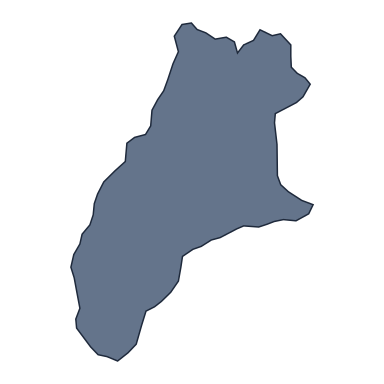 outline of Canitar, São Paulo, Brazil
{"feature_id": "56859067B3303827607689", "entity_name": "Canitar", "entity_type": "district", "adm_level": 2, "iso_a3": "BRA", "parent_name": "Brazil", "parent_adm1": "São Paulo", "projection": "natural_earth1", "projection_center": [-49.789, -23.022], "detail": "fine", "context": "isolated", "style": "filled", "palette": "slate", "viewbox_px": 384, "rotation_deg": 0, "n_neighbors": 0, "source": "geoboundaries", "source_scale": "gbopen_adm2", "svg_char_len": 1086}
<svg xmlns="http://www.w3.org/2000/svg" viewBox="0 0 384 384"><path d="M260.0,29.8L253.5,40.4L243.7,44.9L237.5,53.0L234.4,41.9L226.3,37.2L215.2,39.1L205.9,32.9L197.1,29.5L191.4,23.0L182.0,24.5L174.3,36.2L178.4,51.7L173.0,63.8L167.8,79.6L163.7,90.8L157.7,99.6L152.0,110.2L150.7,125.9L145.5,134.5L134.6,137.4L126.9,143.2L125.3,161.5L115.0,170.8L103.8,181.9L97.6,194.0L94.3,203.6L93.2,214.9L89.9,224.9L82.1,234.2L79.9,244.0L73.8,254.5L70.9,267.2L74.2,277.8L76.6,290.8L79.9,308.3L75.8,319.1L76.6,328.1L90.7,347.0L98.1,354.7L107.0,356.6L117.6,361.0L128.0,352.8L136.2,344.2L141.6,325.3L146.0,311.1L154.5,306.8L161.3,301.5L170.7,292.3L178.4,281.1L180.8,267.6L182.5,256.4L192.9,249.3L201.2,246.4L211.3,240.0L220.1,237.6L236.7,228.9L243.7,225.9L258.7,227.0L267.2,224.2L274.2,221.5L283.4,219.6L296.0,220.8L308.7,213.8L313.1,204.7L301.7,200.4L288.3,191.7L280.7,184.7L277.4,175.7L277.0,144.5L274.5,122.8L275.3,113.6L296.5,102.5L303.0,96.8L310.2,84.2L305.0,77.8L297.3,73.4L291.3,67.2L290.8,56.4L290.8,44.9L280.5,33.8L272.2,35.7L260.0,29.8Z" fill="#64748b" stroke="#1e293b" stroke-width="1.5"/></svg>